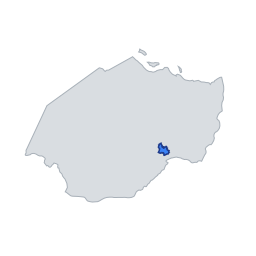 Wanging'ombe, Njombe, United Republic of Tanzania (highlighted), rotated 295°
{"feature_id": "72390352B33528420406675", "entity_name": "Wanging'ombe", "entity_type": "district", "adm_level": 2, "iso_a3": "TZA", "parent_name": "United Republic of Tanzania", "parent_adm1": "Njombe", "projection": "mercator", "projection_center": [34.635, -9.053], "detail": "fine", "context": "in_parent", "style": "filled", "palette": "blue", "viewbox_px": 256, "rotation_deg": 295, "n_neighbors": 0, "source": "geoboundaries", "source_scale": "gbopen_adm2", "svg_char_len": 6000}
<svg xmlns="http://www.w3.org/2000/svg" viewBox="0 0 256 256"><g transform="rotate(295 128 128)"><path d="M97.7,174.9L95.2,173.6L92.9,172.8L91.0,171.9L90.2,171.0L88.4,170.7L86.9,170.5L85.5,169.7L82.7,169.4L82.3,168.9L82.3,167.7L81.8,167.4L80.7,167.0L79.6,167.1L78.9,167.2L78.5,167.1L77.6,166.4L76.7,165.5L76.4,164.1L75.1,163.2L73.6,162.5L69.4,162.5L68.7,162.3L67.7,161.6L66.5,160.4L65.6,159.0L64.7,157.2L63.9,154.7L59.1,144.7L58.6,142.8L57.6,140.7L56.1,138.1L54.4,136.2L52.2,134.5L49.7,132.8L48.4,131.6L45.8,126.9L45.2,124.7L44.8,122.5L45.0,121.5L46.6,118.6L46.8,117.8L46.6,116.7L45.8,114.3L44.8,111.5L42.7,106.4L42.4,105.1L42.5,104.1L43.7,98.9L43.6,98.1L48.5,98.2L52.0,96.0L55.1,92.5L55.7,91.1L56.9,88.9L58.2,87.8L58.6,87.1L59.3,84.9L61.0,83.4L62.5,82.3L62.2,81.5L62.4,81.2L63.3,80.6L65.0,80.1L65.3,78.9L65.3,77.6L65.0,76.9L65.1,76.1L64.8,75.6L63.7,75.5L62.1,74.8L60.7,74.6L59.8,74.2L59.5,73.9L59.3,73.1L60.1,71.1L59.3,70.3L61.0,67.0L61.3,66.6L61.9,66.6L62.9,66.2L63.8,66.0L64.5,66.2L65.1,66.0L65.5,65.7L65.9,64.5L66.3,62.7L66.1,61.1L65.4,60.0L65.2,58.2L65.5,55.7L65.3,53.7L64.5,52.1L63.7,51.2L62.5,50.7L60.6,48.3L60.0,47.1L60.1,46.4L60.8,46.0L62.0,46.2L63.1,45.9L64.2,45.2L65.2,45.0L65.8,45.1L114.0,45.1L170.3,76.5L170.5,76.9L170.9,79.6L170.8,80.5L170.0,82.1L169.7,82.9L169.7,83.5L169.9,83.7L170.7,83.8L171.3,84.2L171.5,84.4L172.0,85.6L172.6,86.2L194.0,101.7L194.5,101.9L194.2,103.2L193.0,106.3L192.9,107.6L192.4,109.2L192.0,110.2L190.8,114.6L189.7,116.3L188.3,120.2L188.1,123.2L188.9,125.2L189.2,127.2L190.8,129.1L192.1,129.8L193.0,130.7L194.6,132.7L195.5,134.7L198.4,135.7L199.5,137.9L199.1,139.5L197.8,140.7L196.5,142.8L195.5,145.6L195.5,149.7L196.2,149.1L197.7,150.1L197.9,153.2L196.3,156.8L195.8,158.5L195.8,159.9L196.9,164.2L198.6,166.4L198.5,167.1L198.0,167.7L200.9,171.6L200.7,174.9L201.8,177.6L202.3,179.9L203.0,181.6L203.1,182.8L202.2,184.2L204.4,184.5L205.6,185.6L206.2,186.6L207.7,186.6L208.6,187.3L209.8,187.9L212.4,189.7L213.2,190.6L213.6,191.4L206.3,197.0L203.6,198.4L201.8,199.1L199.8,199.4L197.8,200.3L196.0,201.7L193.7,202.4L190.9,202.4L187.9,203.4L183.3,206.2L180.6,204.6L178.4,204.1L176.0,204.2L174.5,204.4L174.0,204.7L173.5,205.7L173.1,207.3L171.5,208.9L168.7,210.4L166.1,210.9L163.7,210.5L162.1,209.9L161.3,209.1L160.0,208.7L158.4,208.7L156.8,209.3L155.4,210.5L153.0,211.0L149.7,210.8L147.9,210.3L147.7,209.3L146.3,208.2L143.6,206.9L141.7,206.9L140.5,208.1L139.3,208.9L138.3,209.2L137.4,209.2L136.1,208.9L132.4,208.8L129.0,208.8L128.7,207.0L128.0,205.9L127.3,205.3L126.2,205.1L125.8,204.6L125.4,203.5L124.8,202.6L124.1,201.8L123.6,201.0L123.5,200.4L123.6,199.6L124.3,197.8L124.5,196.5L124.4,195.2L124.1,193.9L123.2,192.3L123.3,191.9L123.1,190.8L123.0,190.1L123.2,189.1L123.0,187.9L122.3,185.3L122.3,184.6L121.6,183.3L119.3,180.4L119.2,180.0L115.6,176.9L114.2,176.3L113.7,176.8L113.5,177.4L113.6,178.3L113.6,178.8L113.4,179.0L112.6,179.0L112.0,178.9L110.7,178.1L109.6,177.9L107.0,178.0L106.1,178.2L105.4,178.0L104.0,176.7L102.4,176.4L100.9,176.3L98.5,174.7L97.7,174.9ZM198.7,124.8L199.9,128.1L199.7,128.7L198.9,129.1L198.5,129.1L198.0,128.6L197.6,127.4L197.0,127.7L195.9,126.4L194.8,126.3L193.9,124.7L194.3,123.4L194.1,121.0L195.2,119.8L195.8,117.8L196.6,119.2L196.8,121.3L197.8,123.9L198.7,124.8ZM204.4,105.2L204.5,106.0L204.2,106.7L204.3,109.0L204.2,110.6L203.3,112.7L202.6,113.5L202.0,113.3L201.4,112.9L201.0,112.3L201.9,108.4L201.4,105.5L203.1,105.8L204.4,105.2ZM202.0,152.7L201.2,152.9L200.9,152.7L200.4,152.0L201.2,151.5L202.1,150.4L204.1,148.8L205.0,147.6L204.9,148.8L203.8,151.5L202.8,151.7L202.0,152.7Z" fill="#d9dde1" stroke="#a8b0b8" stroke-width="1"/><path d="M125.0,163.3L124.9,163.3L124.6,163.4L124.3,163.5L123.9,163.6L123.7,163.6L123.4,163.7L123.3,163.8L123.2,163.9L123.2,164.0L123.0,164.4L122.9,164.5L122.7,165.3L122.1,165.6L121.8,165.6L121.7,165.6L121.3,165.6L121.1,165.7L120.9,165.8L120.7,165.9L120.4,165.9L119.8,165.9L118.8,165.8L118.8,166.0L118.8,166.5L118.7,166.5L118.7,166.8L118.7,167.0L118.7,167.3L118.7,167.5L118.8,168.0L119.1,168.1L119.3,168.3L119.5,168.4L119.4,168.5L119.5,168.6L119.6,168.8L119.6,169.0L119.7,169.3L119.7,169.5L119.8,169.5L120.0,169.6L120.3,169.8L120.4,170.0L120.4,170.3L120.5,170.4L120.5,170.5L120.4,170.8L120.2,170.9L120.1,171.1L119.9,171.3L119.8,171.5L119.7,171.5L118.9,171.6L119.0,171.6L118.9,171.7L118.8,171.8L118.7,171.9L118.6,172.0L118.5,172.3L118.7,172.5L118.9,172.5L119.0,172.7L119.2,172.8L119.3,173.1L119.5,173.2L119.7,173.3L120.1,173.7L120.3,173.8L120.5,173.9L120.5,174.0L120.8,174.1L120.9,174.4L121.0,174.5L121.3,174.9L121.3,175.1L121.4,175.3L121.6,175.4L121.9,175.4L122.2,175.4L122.4,175.4L122.8,175.4L123.0,175.5L123.0,175.4L123.0,175.2L123.3,175.0L123.4,174.9L123.5,174.9L123.6,175.0L123.8,175.0L123.8,174.9L124.0,174.9L124.3,174.9L124.5,174.8L124.8,174.8L124.8,174.7L124.9,174.3L124.9,174.2L124.8,173.9L124.8,173.7L124.7,173.4L124.8,173.1L124.8,172.8L124.9,172.7L125.0,172.5L125.2,172.4L125.3,172.4L125.4,172.2L125.6,172.1L125.8,172.2L126.0,172.2L125.9,172.0L126.0,171.8L126.0,171.7L126.4,171.6L126.5,171.6L126.8,171.4L126.7,171.3L126.8,171.2L126.7,171.2L126.8,171.1L126.8,170.9L126.8,170.7L127.0,170.6L127.1,170.4L126.9,170.4L126.7,170.2L126.5,169.9L126.5,169.6L126.3,169.4L126.1,169.3L126.1,169.2L125.9,169.1L125.7,169.1L125.5,168.9L125.4,168.9L125.2,168.8L125.0,169.0L124.9,169.0L124.9,168.9L124.8,168.7L125.0,168.6L125.1,168.4L125.3,168.3L125.3,168.2L125.5,168.2L125.8,168.0L126.0,168.0L126.0,167.9L125.9,167.7L125.7,167.5L125.6,167.4L125.4,167.3L125.2,167.3L125.1,167.2L125.3,166.9L125.5,166.7L125.8,166.5L125.9,166.4L126.0,166.4L126.3,166.3L126.5,166.3L126.5,166.2L126.4,166.1L126.6,165.9L126.8,165.8L126.9,165.7L127.0,165.6L127.2,165.3L127.2,165.2L127.3,165.1L127.5,164.9L127.6,164.7L127.7,164.4L127.8,164.3L128.0,164.3L127.8,164.0L127.7,163.9L127.5,163.7L127.3,163.7L127.2,163.7L126.9,163.6L126.7,163.5L126.6,163.4L126.6,163.5L126.4,163.5L126.2,163.5L125.9,163.5L125.8,163.4L125.7,163.4L125.5,163.5L125.4,163.5L125.3,163.4L125.2,163.4L125.0,163.3Z" fill="#3b82f6" stroke="#1e3a8a" stroke-width="1.5"/></g></svg>